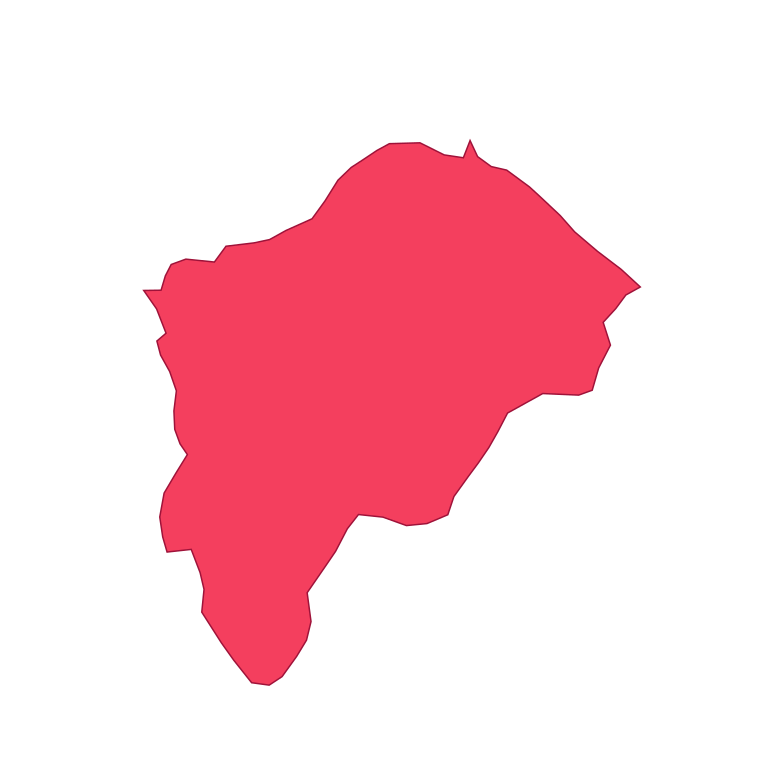 outline of Mia Milia, Cyprus, rotated 61°
{"feature_id": "46923920B95697923922739", "entity_name": "Mia Milia", "entity_type": "district", "adm_level": 2, "iso_a3": "CYP", "parent_name": "Cyprus", "parent_adm1": "", "projection": "orthographic", "projection_center": [33.421, 35.222], "detail": "fine", "context": "isolated", "style": "filled", "palette": "rose", "viewbox_px": 768, "rotation_deg": 61, "n_neighbors": 0, "source": "geoboundaries", "source_scale": "gbopen_adm2", "svg_char_len": 1178}
<svg xmlns="http://www.w3.org/2000/svg" viewBox="0 0 768 768"><g transform="rotate(61 384 384)"><path d="M185.7,548.8L208.1,546.5L233.9,550.0L236.3,561.8L250.4,565.4L269.2,565.4L289.3,568.9L305.7,580.8L322.2,589.0L337.5,591.4L350.4,590.2L361.0,609.1L372.8,629.2L391.6,644.6L410.5,651.7L425.8,655.2L435.2,632.8L459.9,636.3L476.4,641.0L495.2,654.0L531.7,651.7L552.9,649.3L581.1,644.6L591.7,630.4L590.5,615.0L579.9,592.5L570.5,576.0L556.4,563.0L529.3,552.4L523.4,540.5L514.0,521.6L506.9,507.5L492.8,486.2L485.8,469.6L499.9,449.5L518.7,433.0L526.9,414.1L529.3,391.6L516.3,377.4L505.7,355.0L498.7,339.6L490.4,323.1L481.0,307.7L469.3,290.0L469.3,268.7L469.3,249.8L488.1,219.1L490.4,204.9L474.0,188.4L459.8,167.1L436.3,162.4L430.4,144.7L423.4,129.3L423.4,112.8L398.7,121.0L371.6,132.9L343.4,143.5L322.2,148.2L296.3,156.5L282.2,161.2L256.4,173.0L245.8,184.8L230.5,191.9L212.8,190.7L224.6,204.9L212.8,220.3L190.5,235.6L176.4,262.8L176.3,277.0L177.5,291.2L178.7,307.7L183.4,325.4L195.2,346.7L204.6,366.8L202.2,395.2L202.2,414.1L197.5,429.4L186.9,455.4L195.1,473.2L178.7,496.8L176.3,512.2L183.4,522.8L193.9,533.5L185.7,548.8Z" fill="#f43f5e" stroke="#9f1239" stroke-width="1.5"/></g></svg>